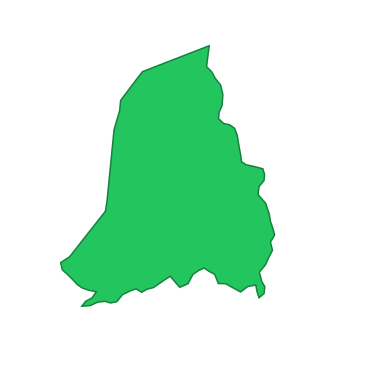 Malhador, Sergipe, Brazil (Robinson projection), rotated 19°
{"feature_id": "56859067B70433157537378", "entity_name": "Malhador", "entity_type": "district", "adm_level": 2, "iso_a3": "BRA", "parent_name": "Brazil", "parent_adm1": "Sergipe", "projection": "robinson", "projection_center": [-37.277, -10.67], "detail": "fine", "context": "isolated", "style": "filled", "palette": "green", "viewbox_px": 384, "rotation_deg": 19, "n_neighbors": 0, "source": "geoboundaries", "source_scale": "gbopen_adm2", "svg_char_len": 1211}
<svg xmlns="http://www.w3.org/2000/svg" viewBox="0 0 384 384"><g transform="rotate(19 192 192)"><path d="M186.6,295.0L194.9,283.8L198.9,278.8L205.8,282.9L211.5,286.1L218.1,280.0L219.7,269.8L223.7,264.2L228.2,260.0L234.2,261.5L240.3,262.5L246.7,270.0L253.5,267.8L261.9,269.2L270.5,270.7L275.5,263.2L282.6,259.2L286.0,265.2L289.8,270.2L293.2,264.6L291.7,257.9L287.2,254.0L281.8,245.9L285.2,236.8L285.8,229.9L287.1,220.9L282.5,213.8L284.1,205.6L280.1,199.8L276.0,194.6L272.2,187.7L265.3,178.7L255.3,172.9L253.6,165.1L256.4,157.8L255.0,152.0L251.5,147.0L243.0,147.6L234.0,148.6L228.8,147.1L226.3,141.8L221.9,134.0L216.2,123.5L211.5,117.9L205.6,116.2L199.5,116.9L193.2,114.0L191.7,107.8L192.3,100.3L189.4,89.7L184.3,81.6L177.0,77.0L171.8,72.1L165.0,68.8L160.6,48.1L147.5,59.2L125.7,77.6L106.0,94.3L102.2,105.5L94.7,128.7L97.1,138.6L98.0,158.5L114.7,228.6L116.4,238.4L106.8,265.8L97.4,293.0L90.8,301.5L94.7,307.8L100.6,310.3L107.4,313.5L113.8,316.9L119.5,318.5L126.5,318.5L134.0,317.5L131.9,324.8L127.0,330.0L125.0,335.9L132.8,332.5L138.8,326.8L145.2,323.7L150.9,323.5L156.6,320.2L159.8,311.6L166.1,305.4L170.5,301.8L177.1,303.2L181.1,298.6L186.6,295.0Z" fill="#22c55e" stroke="#15803d" stroke-width="1.5"/></g></svg>